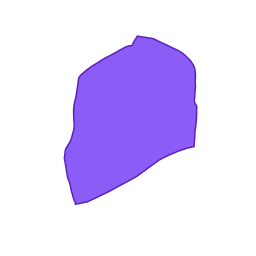 the district of Dhi Na'im, Al Bayda', Yemen, rotated 208°
{"feature_id": "15242507B90989220984962", "entity_name": "Dhi Na'im", "entity_type": "district", "adm_level": 2, "iso_a3": "YEM", "parent_name": "Yemen", "parent_adm1": "Al Bayda'", "projection": "natural_earth1", "projection_center": [45.475, 14.11], "detail": "fine", "context": "isolated", "style": "filled", "palette": "violet", "viewbox_px": 256, "rotation_deg": 208, "n_neighbors": 0, "source": "geoboundaries", "source_scale": "gbopen_adm2", "svg_char_len": 2376}
<svg xmlns="http://www.w3.org/2000/svg" viewBox="0 0 256 256"><g transform="rotate(208 128 128)"><path d="M61.0,142.6L64.4,150.3L65.1,152.0L65.9,153.6L66.8,155.4L67.6,157.3L68.3,159.2L68.8,160.6L68.9,161.0L69.8,163.2L70.7,165.4L71.6,167.5L72.4,169.4L73.3,171.2L73.5,171.5L74.7,173.9L75.9,176.1L76.8,178.1L77.3,179.0L77.6,179.6L80.1,181.0L81.9,182.6L83.8,186.9L88.4,197.3L88.8,197.9L89.9,199.5L90.5,200.7L90.9,201.6L91.0,201.7L92.0,204.0L93.0,205.8L93.7,207.0L93.9,207.4L95.1,209.2L96.4,211.1L97.9,212.7L99.5,213.9L101.4,215.1L103.3,216.2L103.5,216.3L105.2,217.0L107.0,217.6L110.2,218.5L114.2,219.5L119.5,220.0L147.9,218.7L162.9,213.5L162.9,212.1L163.0,211.3L163.1,209.8L163.3,207.8L163.3,205.9L163.2,204.0L163.2,202.7L163.8,202.3L165.5,201.1L166.9,199.8L168.2,198.3L169.5,196.4L170.5,194.8L171.6,193.2L171.8,192.9L172.3,192.1L172.6,191.7L173.6,190.0L174.2,189.1L174.8,188.2L176.0,186.4L177.0,184.8L178.2,183.0L179.3,181.5L180.8,179.5L181.7,177.8L182.8,176.2L183.0,175.8L184.0,174.1L184.9,172.3L185.8,170.8L187.0,168.7L188.0,167.1L188.3,166.6L189.0,165.4L189.1,165.2L189.3,164.9L189.9,163.7L190.6,161.9L191.5,160.3L192.2,158.5L193.1,156.3L194.1,153.8L194.1,153.7L194.7,151.6L195.0,149.7L194.6,147.8L193.9,146.0L193.1,144.0L192.4,142.1L191.7,140.0L191.0,138.1L190.8,137.6L190.7,137.2L190.3,136.2L189.7,134.4L189.0,132.3L188.3,130.0L187.8,127.9L187.2,125.8L186.6,123.7L186.0,121.8L185.1,119.8L184.1,117.6L183.1,115.8L182.2,114.2L181.1,112.3L180.0,110.4L178.6,108.2L177.4,106.3L176.4,104.5L175.5,102.3L174.9,100.5L174.8,99.9L174.5,98.6L174.0,96.2L173.5,94.1L173.1,92.3L172.8,90.3L172.8,88.2L172.8,87.5L172.8,85.9L173.0,84.1L173.0,83.9L173.1,82.1L173.1,81.9L173.1,80.7L173.1,80.3L173.1,79.9L172.7,78.5L172.6,78.1L172.0,76.7L171.2,74.7L170.6,72.7L169.6,70.9L168.5,69.4L167.3,68.1L166.9,67.5L166.1,66.4L164.8,64.8L164.4,64.3L163.6,63.3L162.6,61.8L161.8,60.8L161.3,60.0L160.1,58.6L159.2,57.3L159.1,57.1L157.7,55.5L156.1,54.2L154.6,52.8L153.3,51.6L152.3,50.5L152.1,50.3L150.9,48.9L149.8,47.3L149.2,46.7L148.2,45.5L146.9,44.3L145.6,42.9L144.2,41.4L142.7,39.9L141.3,38.7L139.9,37.7L138.8,36.3L138.6,36.0L129.6,43.4L129.0,43.9L127.5,46.0L116.4,61.0L114.7,63.4L114.5,63.6L114.2,64.1L113.4,65.4L108.3,73.1L106.9,75.3L104.0,79.6L97.6,89.3L91.7,101.6L85.7,113.9L84.3,116.1L81.9,119.5L79.1,123.3L72.9,131.0L66.2,138.1L61.0,142.6Z" fill="#8b5cf6" stroke="#5b21b6" stroke-width="1.5"/></g></svg>